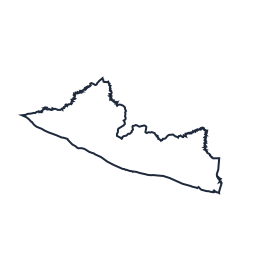 the district of Thep Sathit, Chaiyaphum, Thailand, rotated 286°
{"feature_id": "78962969B6140233535847", "entity_name": "Thep Sathit", "entity_type": "district", "adm_level": 2, "iso_a3": "THA", "parent_name": "Thailand", "parent_adm1": "Chaiyaphum", "projection": "equal_earth", "projection_center": [101.542, 15.61], "detail": "fine", "context": "isolated", "style": "outline", "palette": "slate", "viewbox_px": 256, "rotation_deg": 286, "n_neighbors": 0, "source": "geoboundaries", "source_scale": "gbopen_adm2", "svg_char_len": 5942}
<svg xmlns="http://www.w3.org/2000/svg" viewBox="0 0 256 256"><g transform="rotate(286 128 128)"><path d="M134.8,144.2L134.9,142.8L132.4,138.5L132.9,136.3L133.0,134.7L131.9,133.4L131.4,132.1L130.5,131.9L127.8,133.2L126.1,132.4L125.2,132.7L123.3,131.6L122.9,131.2L122.5,129.8L120.3,128.6L119.1,126.4L118.3,125.5L117.7,125.1L116.3,125.2L115.9,124.9L116.7,123.0L117.3,119.7L119.0,119.0L121.3,119.4L124.0,118.7L125.0,119.2L129.2,123.0L131.1,123.9L132.8,123.1L134.0,121.8L134.7,122.6L136.1,123.2L137.6,122.7L138.4,121.9L140.7,121.7L142.3,120.9L143.8,121.4L145.3,120.0L146.9,119.4L148.0,117.4L148.4,115.1L148.2,113.4L147.3,111.8L146.4,111.4L147.3,110.4L148.2,110.7L148.9,110.2L149.2,110.7L149.9,110.8L149.5,110.3L149.8,109.5L149.3,109.3L149.4,109.0L149.0,108.8L149.6,108.6L149.6,107.8L149.2,107.3L149.6,106.6L150.1,106.6L149.8,106.2L150.0,105.6L150.5,105.7L150.4,104.2L150.8,104.1L150.8,104.6L151.7,104.2L151.5,103.6L150.7,103.0L151.4,102.8L152.1,103.3L152.7,102.9L153.0,102.3L153.1,103.2L154.2,103.4L154.5,102.5L154.0,101.8L154.3,101.4L154.9,101.5L155.5,100.8L155.8,101.3L155.8,102.4L157.4,102.6L158.3,102.0L158.8,100.5L159.4,100.9L159.5,100.4L160.2,100.0L161.0,100.3L161.4,99.6L161.9,99.8L162.8,99.2L163.7,99.5L163.9,98.2L164.4,97.9L165.6,98.0L166.1,96.7L167.1,96.2L166.2,94.9L166.1,93.7L165.7,92.7L165.8,91.7L167.4,91.0L167.7,90.4L168.9,89.8L165.4,87.4L162.7,86.1L161.1,85.8L160.3,84.7L161.0,81.5L161.1,80.5L160.7,80.0L160.3,79.6L160.0,79.9L158.6,79.9L158.5,80.3L157.7,79.9L157.0,78.1L156.6,78.3L156.4,77.8L156.2,78.1L155.9,77.3L155.5,77.5L154.9,75.7L154.6,75.5L153.9,75.4L153.6,75.7L153.6,76.8L153.0,76.5L152.6,75.0L151.0,73.5L150.7,72.4L150.5,72.7L150.2,72.3L150.1,73.9L149.8,73.3L149.3,73.4L149.4,72.7L148.6,72.1L148.1,70.6L147.4,70.2L147.6,69.4L148.2,69.2L147.7,68.7L147.6,67.8L146.9,67.8L146.3,68.2L146.1,68.0L146.3,67.9L146.2,67.6L145.8,67.6L146.0,66.8L145.3,67.1L144.7,66.7L144.2,67.3L144.2,68.2L142.5,68.2L142.0,67.7L141.6,69.1L141.1,68.6L141.1,67.6L140.6,67.6L140.4,67.0L140.2,66.7L139.9,66.9L139.7,66.4L139.4,66.9L139.0,66.5L137.8,66.5L137.9,67.3L137.3,66.6L136.4,66.5L136.0,67.2L135.2,66.8L135.3,66.0L134.3,64.7L134.3,64.1L133.6,63.6L132.4,63.5L132.7,62.6L133.5,62.0L133.3,61.6L132.8,61.5L131.9,62.1L130.8,61.3L130.4,60.5L129.5,60.4L129.3,60.7L128.5,59.3L127.6,59.7L127.9,58.9L126.8,58.1L126.1,55.6L126.4,52.7L125.8,51.5L126.1,50.1L124.9,50.5L124.1,49.3L124.2,48.6L124.5,48.6L124.2,48.0L124.6,46.8L123.7,46.0L123.5,44.5L124.0,44.2L125.2,44.4L125.0,42.7L124.4,42.0L124.0,42.2L123.8,41.7L123.6,42.3L123.4,42.0L122.9,42.2L122.2,41.3L121.0,40.6L120.2,41.0L120.0,40.7L119.4,40.7L119.1,39.8L119.3,39.2L119.1,38.9L119.5,38.9L119.2,38.4L119.3,37.9L119.1,37.8L119.2,37.5L119.4,37.7L119.4,37.4L118.8,37.1L118.5,36.0L116.8,34.6L116.6,33.3L115.4,31.4L113.8,27.4L112.4,26.0L111.0,22.5L110.5,26.4L110.0,28.3L108.8,30.9L107.4,33.1L107.4,33.7L105.1,37.0L104.0,39.8L103.4,45.4L102.5,48.7L101.9,52.8L101.3,61.3L100.6,66.7L100.9,69.1L100.8,72.9L100.0,73.5L96.8,79.1L96.0,82.7L95.1,84.4L94.8,85.7L95.8,88.8L95.9,91.6L95.6,93.1L94.4,97.1L94.1,100.6L94.2,102.0L93.6,103.6L92.6,110.2L89.9,117.6L88.5,124.6L87.2,134.2L87.5,135.6L87.1,137.4L87.4,137.8L87.2,141.9L87.6,143.6L87.2,144.6L87.7,145.3L88.1,148.2L88.0,152.0L88.4,157.9L88.3,159.1L88.9,162.9L89.7,165.2L91.2,173.3L91.6,174.7L91.4,181.8L89.4,195.9L89.5,204.0L89.3,205.8L89.5,209.9L89.3,211.1L90.7,212.1L89.0,215.0L88.9,216.3L89.0,221.1L89.5,223.0L89.4,224.5L89.8,227.9L90.3,228.7L90.6,228.6L90.7,227.9L91.4,227.6L91.7,227.9L91.3,228.4L91.1,229.9L90.7,230.6L90.8,232.5L90.6,233.5L91.7,233.1L100.4,233.2L100.6,232.8L101.0,232.9L101.2,232.0L101.9,232.0L101.7,231.6L101.9,231.3L101.5,230.9L102.3,231.1L102.6,230.6L103.6,230.3L103.5,229.9L103.7,229.6L103.9,230.4L103.7,230.7L104.6,231.1L104.6,230.2L105.1,229.7L105.1,229.1L105.6,228.5L105.1,228.3L105.7,227.1L108.0,226.1L113.0,226.2L124.1,224.0L122.3,218.2L122.7,216.7L122.9,216.4L123.2,216.6L124.1,214.4L124.8,214.4L125.4,213.4L126.0,211.1L126.9,210.6L126.9,210.1L128.1,208.8L128.5,209.3L128.6,208.5L128.2,208.2L128.3,207.6L128.8,208.1L129.4,207.7L130.3,207.9L130.4,206.7L130.8,207.3L131.8,206.9L132.0,207.9L132.4,207.4L132.6,206.3L133.9,206.6L134.2,206.0L135.1,207.1L135.3,206.6L135.4,206.8L136.4,206.2L136.6,206.4L136.8,205.8L137.0,206.0L137.2,205.6L137.5,205.8L137.7,205.3L138.0,205.6L138.3,205.3L138.7,205.4L138.6,204.9L139.2,205.7L139.5,205.6L139.9,204.0L140.4,204.2L140.9,205.2L141.1,205.0L142.0,205.3L142.4,204.8L142.5,205.2L142.7,204.8L142.8,205.0L143.3,204.6L143.6,204.0L144.1,204.3L144.1,204.7L144.7,204.5L144.7,204.9L145.0,205.1L145.7,204.7L145.7,204.3L146.4,204.9L146.9,204.5L147.3,204.6L147.1,203.5L147.3,203.0L147.0,202.7L147.7,201.9L147.2,202.1L147.2,201.7L147.5,201.2L147.7,201.6L148.1,201.4L148.3,200.9L148.7,201.0L148.9,200.6L148.9,199.3L148.5,198.8L148.2,199.1L148.0,198.0L147.3,197.5L146.8,197.8L147.0,198.5L146.8,198.6L146.3,197.9L146.5,196.3L146.3,196.6L145.8,196.4L146.0,195.5L145.8,194.9L145.1,194.5L144.9,195.2L144.5,195.2L144.5,193.9L144.1,194.1L143.7,193.8L143.6,194.2L143.6,193.5L143.1,193.6L143.3,193.0L143.6,192.9L143.5,192.6L143.2,192.7L143.3,192.3L143.0,192.0L142.6,192.2L142.2,191.9L142.4,191.5L141.8,191.6L141.7,191.1L141.0,190.8L141.2,190.5L140.7,190.3L140.9,190.1L140.6,189.8L140.7,189.5L139.9,189.3L139.7,189.0L140.1,188.6L140.0,188.1L140.2,187.9L140.0,187.6L139.5,187.8L139.3,187.2L139.6,186.9L138.9,186.2L138.5,185.2L138.1,185.5L137.9,185.0L136.9,185.5L136.3,185.4L136.3,185.7L135.9,186.0L136.3,183.6L135.4,183.8L135.0,183.4L134.5,183.5L134.4,182.8L135.2,180.5L134.8,180.3L134.2,179.1L132.6,178.8L133.0,178.0L133.0,176.0L134.1,173.1L132.7,169.4L131.4,168.2L128.4,166.9L127.8,166.2L127.2,164.5L125.8,164.3L125.5,163.3L124.9,163.1L125.6,162.2L125.5,161.7L125.8,161.2L126.0,160.0L126.7,160.1L127.3,159.0L127.7,159.0L127.8,158.1L128.6,158.4L129.0,156.4L130.4,155.0L130.6,152.0L129.9,150.9L129.6,149.0L128.3,147.3L128.8,145.9L133.7,145.4L134.2,145.2L134.8,144.2Z" fill="none" stroke="#1e293b" stroke-width="2"/></g></svg>